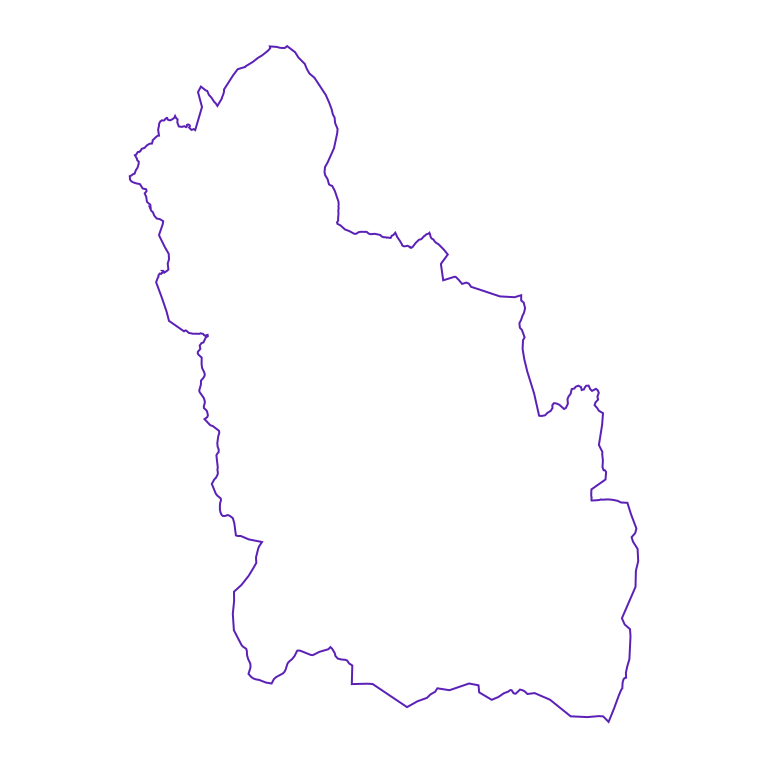 Antananarivo Atsimondrano, Analamanga, Madagascar (Natural Earth projection)
{"feature_id": "10022922B82805843876956", "entity_name": "Antananarivo Atsimondrano", "entity_type": "district", "adm_level": 2, "iso_a3": "MDG", "parent_name": "Madagascar", "parent_adm1": "Analamanga", "projection": "natural_earth1", "projection_center": [47.486, -19.01], "detail": "fine", "context": "isolated", "style": "outline", "palette": "violet", "viewbox_px": 768, "rotation_deg": 0, "n_neighbors": 0, "source": "geoboundaries", "source_scale": "gbopen_adm2", "svg_char_len": 6080}
<svg xmlns="http://www.w3.org/2000/svg" viewBox="0 0 768 768"><path d="M325.7,94.8L314.4,77.7L309.4,73.5L306.6,68.5L304.8,63.9L298.4,57.5L295.1,52.2L287.1,46.1L285.0,47.9L283.3,48.0L280.0,47.8L276.6,46.9L269.8,46.4L270.2,48.2L269.6,48.9L268.0,50.7L262.1,55.4L257.9,57.9L252.7,62.0L245.6,66.3L245.3,66.9L237.7,69.2L233.1,75.3L224.0,89.5L224.0,91.7L223.3,94.3L221.8,98.0L221.9,98.4L217.4,105.9L215.8,103.4L214.0,101.6L211.4,97.6L209.0,95.0L207.2,90.9L205.7,90.4L200.9,86.6L198.0,92.1L202.0,107.0L195.2,130.1L193.8,129.1L191.5,129.9L189.1,127.6L189.9,126.2L189.7,125.3L188.2,124.4L187.0,124.9L186.7,126.8L186.2,127.2L184.3,126.2L181.8,126.9L178.8,126.4L177.3,122.4L177.6,119.4L176.2,118.2L175.1,116.0L174.5,117.4L173.6,118.4L170.9,120.1L169.6,120.3L168.3,119.9L167.7,119.5L167.2,118.0L166.7,117.9L165.1,119.1L164.4,120.3L163.0,120.6L162.0,120.3L160.3,121.4L159.1,123.8L158.9,126.1L158.1,129.7L159.0,135.6L158.1,135.6L156.6,136.5L152.6,140.3L152.7,141.1L151.9,143.6L150.2,143.6L149.1,144.0L146.6,145.6L144.6,147.9L141.7,148.8L140.4,151.1L139.7,151.3L139.6,151.8L137.7,152.1L136.2,154.6L134.9,155.2L136.6,158.1L137.4,160.5L138.7,161.5L138.7,163.8L137.5,167.8L135.9,170.1L134.6,173.7L133.3,174.0L131.1,175.7L129.8,176.1L130.0,179.5L130.9,180.9L132.6,182.1L135.9,183.3L139.9,184.1L142.7,188.5L146.0,189.2L146.5,190.2L146.5,191.3L144.7,193.3L146.3,197.1L146.8,201.1L147.3,202.2L150.3,204.7L150.6,207.4L149.7,207.0L151.1,210.5L153.0,212.4L154.2,215.6L156.7,218.5L160.0,219.2L163.2,221.2L162.7,224.3L159.3,234.1L159.1,235.5L165.0,247.4L168.7,253.8L169.0,259.3L167.7,263.6L168.4,269.4L167.7,270.3L164.6,272.5L163.2,270.9L162.5,270.9L163.3,271.6L163.3,272.6L161.7,272.9L161.2,273.9L159.6,273.6L158.4,275.5L158.5,276.7L157.9,277.5L156.1,282.2L162.0,298.1L166.6,311.7L169.0,320.9L184.0,331.3L185.5,330.4L186.6,330.9L188.8,332.9L192.7,333.7L199.6,333.8L200.4,333.3L203.1,333.9L204.1,335.2L205.0,335.6L207.6,334.9L207.8,336.2L205.8,337.4L203.4,342.5L201.6,343.0L199.7,345.5L200.3,348.9L197.8,351.9L197.8,353.6L198.6,354.8L201.7,357.6L201.6,364.1L202.1,368.0L204.2,372.3L204.8,374.4L204.5,375.9L203.6,377.6L201.0,380.6L200.9,384.6L199.2,390.6L199.7,392.2L203.8,398.0L204.8,401.3L204.8,402.9L203.8,406.3L203.9,408.1L206.2,410.1L207.0,411.3L207.9,415.2L207.3,417.1L204.5,419.1L210.1,425.1L212.8,426.1L219.0,430.8L219.3,432.6L218.2,436.5L217.3,443.2L217.6,446.6L218.7,449.4L218.6,452.2L217.3,453.6L216.4,455.3L217.8,467.8L217.4,469.4L217.9,473.0L217.5,474.8L216.0,477.7L214.3,479.4L211.8,483.9L215.8,493.7L217.2,495.5L220.7,498.4L221.0,500.1L220.1,503.1L219.9,505.7L219.9,509.6L220.5,512.4L221.4,514.6L222.9,516.0L224.9,516.0L227.8,515.0L230.0,516.0L232.8,518.1L234.3,523.1L235.9,535.4L237.9,536.0L240.8,536.0L248.8,539.4L262.0,542.0L259.0,546.5L258.2,548.6L256.0,557.4L256.3,562.9L253.4,568.0L248.6,575.9L241.3,585.1L234.0,591.7L234.1,601.1L232.8,613.8L233.9,630.3L241.4,644.8L242.5,646.3L246.2,648.8L246.8,650.7L247.1,655.4L248.1,658.9L250.3,663.6L250.5,666.0L250.5,667.4L248.5,673.9L251.1,676.8L253.2,678.4L256.0,679.4L259.1,679.9L266.1,682.6L271.6,683.5L273.9,679.1L276.1,677.1L282.6,673.6L284.0,672.4L285.4,670.2L287.4,663.9L288.5,662.1L292.1,659.1L294.5,656.1L297.2,650.7L299.0,650.5L300.5,650.8L311.0,655.0L312.9,655.1L319.5,651.8L328.4,649.2L330.4,647.1L332.1,648.7L334.8,653.2L335.4,655.9L337.8,658.6L341.4,659.5L345.2,659.8L347.1,660.5L349.1,663.4L352.3,665.5L351.8,684.1L367.3,683.7L372.6,684.0L407.0,707.1L417.4,701.3L426.9,697.9L430.5,694.4L435.1,691.8L437.4,688.3L449.5,690.2L469.1,683.5L478.5,685.3L479.2,692.4L491.7,699.8L498.4,697.0L503.8,693.3L508.2,691.6L510.3,690.1L511.6,690.2L513.6,693.3L515.7,693.7L520.0,689.6L521.9,690.0L524.8,691.4L527.4,694.0L534.6,693.1L550.0,699.7L570.6,716.3L587.3,717.1L598.9,716.1L603.2,716.4L608.6,721.9L614.3,707.8L618.8,695.5L621.3,689.6L622.3,688.4L622.6,682.6L623.5,679.4L624.5,678.1L626.1,677.7L625.9,672.7L627.2,666.6L629.4,659.2L630.5,636.3L630.0,629.2L624.7,624.5L621.9,618.3L635.5,586.9L635.9,570.8L638.2,561.2L637.6,548.9L633.0,541.7L631.6,537.2L635.2,533.1L636.4,528.5L631.1,514.5L627.4,502.8L621.1,502.5L617.5,500.8L612.5,499.8L608.1,499.4L601.7,499.7L600.8,499.4L599.8,499.9L596.1,500.3L591.6,500.5L591.4,499.4L591.6,497.4L591.2,495.7L591.4,489.4L605.5,479.5L606.1,472.0L604.8,470.2L603.6,470.2L602.5,467.3L602.9,460.6L602.2,454.0L602.4,452.0L598.9,445.0L602.1,425.0L603.0,413.2L598.8,410.7L597.3,408.2L594.6,405.1L595.5,402.4L598.1,399.6L597.4,396.6L598.8,392.9L597.8,390.4L596.0,388.8L592.0,390.9L590.2,389.1L588.6,385.6L586.2,385.8L585.0,387.2L583.9,389.4L581.7,390.0L581.0,387.1L578.3,385.7L575.6,386.8L574.4,388.5L571.7,389.1L570.6,393.9L568.6,396.4L567.5,399.1L567.9,403.7L565.9,407.9L564.1,409.0L559.4,404.8L556.2,403.4L553.8,403.2L552.3,405.3L552.5,408.0L550.7,410.9L547.5,412.8L545.1,415.3L541.6,416.0L539.1,415.7L534.1,393.5L527.3,371.6L524.3,359.3L522.6,349.0L523.0,340.3L524.6,337.3L521.9,329.9L519.9,327.8L519.4,323.3L521.1,319.9L522.5,315.7L523.9,313.0L525.1,308.2L523.7,302.6L521.2,300.5L521.2,295.2L514.6,297.2L499.9,296.4L471.1,286.8L468.8,283.6L466.3,282.6L462.1,283.9L458.5,279.6L455.8,277.0L454.8,276.7L443.2,280.3L440.9,263.9L447.8,254.5L444.0,249.8L438.7,244.4L436.4,243.0L434.7,241.5L433.5,239.6L431.5,238.4L430.4,236.4L430.2,234.8L429.4,232.8L428.5,233.7L426.2,234.4L425.0,235.7L424.1,236.1L421.4,239.1L418.9,239.8L415.6,243.0L412.5,247.1L411.0,247.9L410.0,247.4L410.2,247.0L407.6,245.8L404.1,246.4L402.2,245.5L402.0,244.5L399.8,240.7L397.4,237.3L395.3,232.7L393.5,234.9L391.6,235.9L390.8,237.8L390.3,238.0L387.9,237.5L386.6,237.7L385.9,237.3L383.3,237.2L381.6,236.4L380.3,235.0L378.2,234.5L374.5,233.8L370.7,234.2L368.7,233.6L366.7,231.9L360.9,231.8L358.6,232.2L356.1,233.8L354.3,233.8L349.5,231.2L344.9,229.4L340.5,225.4L337.5,223.9L337.0,222.4L338.2,220.6L338.1,218.1L338.5,213.7L338.3,210.0L338.7,208.2L338.4,206.4L338.7,204.3L338.4,201.4L334.9,191.1L332.2,185.9L329.9,185.1L329.0,184.3L327.6,179.2L325.1,175.1L324.5,171.9L325.0,167.1L327.6,162.5L334.0,148.2L337.2,133.2L337.6,129.0L335.1,123.0L334.6,117.6L332.8,114.3L331.6,109.2L329.0,102.2L325.7,94.8Z" fill="none" stroke="#5b21b6" stroke-width="2"/></svg>